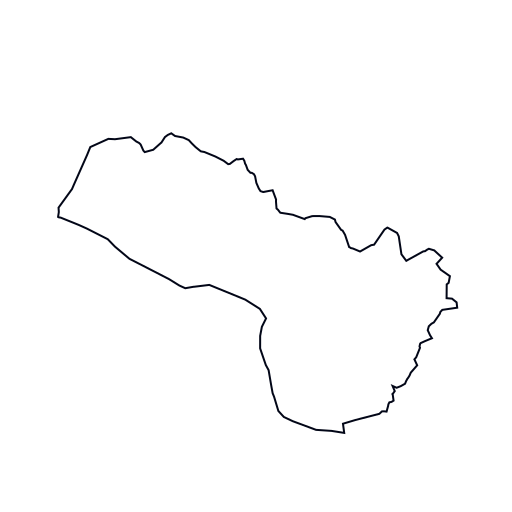 outline of Kagarko, Kaduna, Nigeria, rotated 37°
{"feature_id": "59680162B89404589930000", "entity_name": "Kagarko", "entity_type": "district", "adm_level": 2, "iso_a3": "NGA", "parent_name": "Nigeria", "parent_adm1": "Kaduna", "projection": "albers", "projection_center": [7.654, 9.484], "detail": "fine", "context": "isolated", "style": "outline", "palette": "ink", "viewbox_px": 512, "rotation_deg": 37, "n_neighbors": 0, "source": "geoboundaries", "source_scale": "gbopen_adm2", "svg_char_len": 2495}
<svg xmlns="http://www.w3.org/2000/svg" viewBox="0 0 512 512"><g transform="rotate(37 256 256)"><path d="M331.1,337.9L334.8,339.6L345.5,349.7L351.9,355.6L355.1,357.5L367.1,366.3L375.1,367.8L384.8,365.8L408.6,358.7L421.6,350.2L432.9,344.2L426.4,337.6L434.2,327.0L449.5,307.8L450.1,304.3L451.7,303.0L453.9,301.7L451.7,296.1L451.3,295.5L450.9,294.4L450.6,292.6L451.1,292.0L451.7,291.4L452.1,290.8L452.9,288.7L448.6,284.4L448.1,284.2L448.2,283.9L448.1,280.4L443.3,277.6L447.6,276.6L449.9,272.9L451.9,268.3L451.2,265.7L451.1,265.2L450.9,263.6L450.8,263.4L450.8,261.6L450.7,260.2L450.5,258.7L450.3,258.0L449.8,256.0L450.5,246.3L444.7,243.2L444.9,240.5L442.4,231.3L442.2,230.6L441.0,229.8L440.9,229.6L439.9,227.3L439.9,226.5L440.4,225.6L442.4,221.9L446.0,215.8L442.6,214.5L437.8,211.9L436.3,208.1L436.9,204.5L438.0,202.0L437.6,191.5L436.9,189.8L437.2,186.9L447.8,176.2L444.1,172.3L438.2,172.1L433.6,175.0L425.4,163.9L426.0,161.5L423.0,155.4L411.7,155.8L404.9,153.6L405.7,145.3L395.5,144.3L395.1,144.2L389.7,146.2L388.8,148.1L388.1,150.4L386.8,151.7L379.7,167.6L378.9,169.4L371.1,167.1L358.7,154.9L358.2,154.4L354.8,152.7L343.9,154.2L343.7,154.5L342.7,157.6L343.0,164.6L343.5,175.9L341.5,178.0L336.4,189.8L328.9,191.7L326.9,192.6L325.7,192.6L325.0,192.8L318.3,188.2L314.4,185.5L309.9,183.6L308.2,183.9L299.1,181.0L297.1,179.4L291.4,180.4L282.5,186.0L276.9,190.3L272.7,196.1L272.7,197.2L261.9,200.5L260.8,200.8L256.1,203.2L249.6,206.7L249.2,206.8L245.6,205.8L245.2,205.8L243.8,205.7L239.2,200.5L238.0,198.8L229.7,193.5L223.2,200.6L220.6,201.5L217.6,200.4L212.3,197.4L207.3,192.9L205.1,191.9L202.6,192.1L201.5,192.9L197.5,192.2L193.5,189.6L193.0,189.3L191.7,188.8L189.4,187.0L187.1,186.1L183.4,189.8L182.2,190.2L181.0,193.6L179.7,198.2L178.5,199.4L172.9,199.4L163.7,201.0L152.2,204.0L149.0,205.6L147.7,205.6L142.2,205.4L136.9,204.7L132.6,203.9L126.6,205.2L119.1,208.9L114.5,209.0L112.7,212.4L111.7,215.8L112.2,222.4L112.1,222.5L110.0,233.0L104.6,240.0L102.6,239.6L97.0,236.5L96.8,236.4L95.7,236.2L94.5,236.1L91.5,236.6L84.5,236.4L73.1,247.6L67.6,251.3L58.1,268.7L60.3,277.0L67.7,308.9L68.8,313.4L68.8,315.1L69.2,336.2L72.1,339.6L74.4,343.9L75.2,343.8L75.8,343.5L76.9,342.9L83.3,341.2L90.7,339.2L96.0,337.8L104.4,335.9L127.5,331.8L137.7,333.4L150.8,334.1L156.6,334.4L179.6,330.4L200.5,326.8L212.6,325.7L218.9,324.3L224.6,318.2L225.2,317.7L236.1,307.2L273.7,297.3L290.9,295.9L301.6,299.8L303.3,309.0L307.4,317.3L314.9,327.3L329.5,337.2L331.1,337.9Z" fill="none" stroke="#020617" stroke-width="2"/></g></svg>